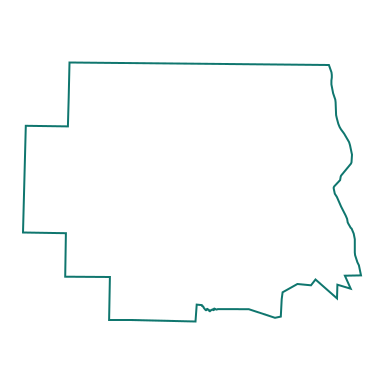 Lincoln, Missouri, United States of America
{"feature_id": "52423323B2117474870364", "entity_name": "Lincoln", "entity_type": "district", "adm_level": 2, "iso_a3": "USA", "parent_name": "United States of America", "parent_adm1": "Missouri", "projection": "albers", "projection_center": [-90.857, 39.049], "detail": "fine", "context": "isolated", "style": "outline", "palette": "teal", "viewbox_px": 384, "rotation_deg": 0, "n_neighbors": 0, "source": "geoboundaries", "source_scale": "gbopen_adm2", "svg_char_len": 1609}
<svg xmlns="http://www.w3.org/2000/svg" viewBox="0 0 384 384"><path d="M23.0,232.5L65.9,233.2L65.2,276.7L109.9,277.0L109.1,320.0L130.4,320.0L195.5,321.5L196.7,304.6L201.8,305.1L202.0,305.9L202.3,306.1L202.8,306.2L203.3,306.6L203.4,306.8L203.4,307.2L203.5,307.4L203.9,307.9L204.0,308.1L204.5,308.6L204.6,308.9L204.9,309.2L205.3,309.6L205.6,310.0L205.9,310.2L206.5,310.1L206.6,309.6L206.8,309.4L207.0,309.0L207.2,308.9L207.5,309.0L207.9,309.4L208.2,309.6L208.7,309.8L209.1,310.2L209.1,310.6L209.4,311.1L209.6,311.2L209.8,311.2L210.0,310.6L210.3,310.5L210.6,310.6L210.9,310.2L211.3,310.1L212.0,309.8L212.4,309.4L212.8,309.5L213.0,309.8L213.3,310.1L213.5,310.1L213.8,310.0L214.1,309.7L214.2,309.3L214.1,309.0L214.1,308.7L214.3,308.6L214.6,308.7L214.9,308.9L215.6,309.1L215.9,309.4L216.1,309.5L216.8,309.5L217.2,309.4L217.8,309.1L218.0,309.1L248.8,309.2L275.0,317.8L280.8,316.6L281.7,299.1L282.6,292.3L297.4,284.0L311.0,285.3L315.5,279.5L337.0,298.4L337.4,284.7L350.7,288.7L344.9,275.7L361.0,275.4L358.9,265.3L357.4,262.3L355.1,255.2L354.8,252.5L354.8,239.2L353.7,233.6L351.6,228.6L350.6,227.7L349.9,226.4L348.4,223.8L347.7,222.4L347.1,218.9L345.7,215.6L341.1,206.6L336.9,197.0L334.8,193.7L333.7,188.5L333.7,187.4L334.3,186.3L340.1,180.1L340.7,176.6L341.1,175.6L351.0,163.6L351.5,162.3L352.0,154.7L350.0,145.2L349.1,142.2L348.2,140.6L344.1,133.6L341.0,129.4L339.6,127.0L338.3,123.8L336.8,118.2L336.1,115.1L335.6,102.2L335.3,99.7L333.1,93.2L331.4,84.4L331.4,80.5L331.8,77.6L331.8,75.0L331.5,72.4L328.9,65.0L69.5,62.5L68.7,97.4L67.9,126.4L25.8,125.8L23.0,232.5Z" fill="none" stroke="#0f766e" stroke-width="2"/></svg>